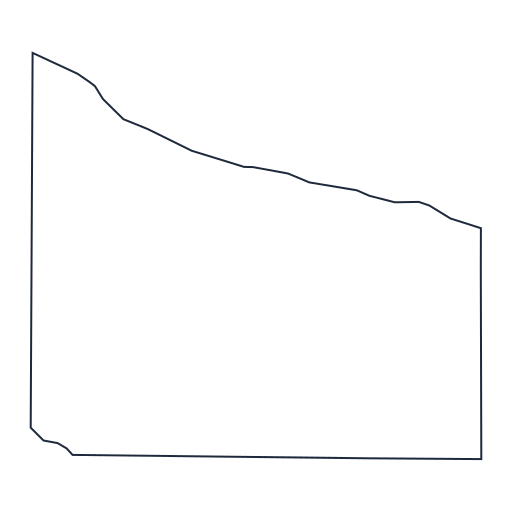 outline of Kewaunee, Wisconsin, United States of America, rotated 270°
{"feature_id": "52423323B32886155683341", "entity_name": "Kewaunee", "entity_type": "district", "adm_level": 2, "iso_a3": "USA", "parent_name": "United States of America", "parent_adm1": "Wisconsin", "projection": "robinson", "projection_center": [-87.557, 44.502], "detail": "fine", "context": "isolated", "style": "outline", "palette": "slate", "viewbox_px": 512, "rotation_deg": 270, "n_neighbors": 0, "source": "geoboundaries", "source_scale": "gbopen_adm2", "svg_char_len": 484}
<svg xmlns="http://www.w3.org/2000/svg" viewBox="0 0 512 512"><g transform="rotate(270 256 256)"><path d="M57.1,72.6L53.7,368.8L52.9,481.3L242.0,480.8L283.8,480.9L293.5,450.5L306.5,429.3L310.1,418.8L309.7,394.8L316.2,369.4L321.7,356.8L329.6,309.3L338.5,288.0L344.9,253.0L345.1,244.1L361.2,191.8L383.0,147.6L392.8,123.4L412.9,103.0L425.9,94.9L429.8,89.8L438.2,77.6L459.1,32.6L84.3,30.7L71.5,43.5L68.9,57.6L63.6,66.6L57.1,72.6Z" fill="none" stroke="#1e293b" stroke-width="2"/></g></svg>